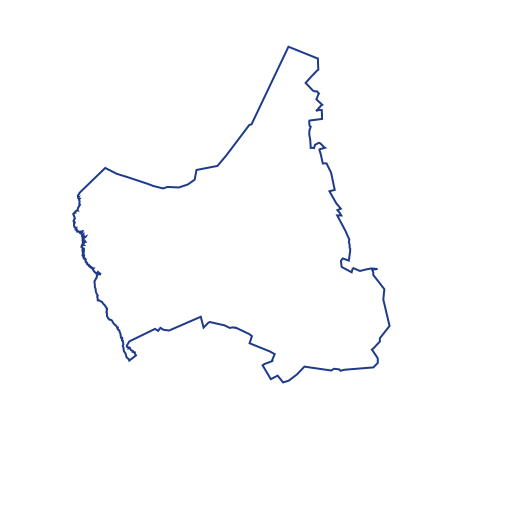 Arriaga, Chiapas, Mexico (Natural Earth projection), rotated 55°
{"feature_id": "50627088B65202645179540", "entity_name": "Arriaga", "entity_type": "district", "adm_level": 2, "iso_a3": "MEX", "parent_name": "Mexico", "parent_adm1": "Chiapas", "projection": "natural_earth1", "projection_center": [-94.031, 16.255], "detail": "fine", "context": "isolated", "style": "outline", "palette": "blue", "viewbox_px": 512, "rotation_deg": 55, "n_neighbors": 0, "source": "geoboundaries", "source_scale": "gbopen_adm2", "svg_char_len": 6124}
<svg xmlns="http://www.w3.org/2000/svg" viewBox="0 0 512 512"><g transform="rotate(55 256 256)"><path d="M374.4,279.8L393.0,260.0L393.1,256.8L396.6,252.9L398.5,252.6L399.9,248.8L414.6,223.7L413.4,217.5L409.5,214.9L399.1,214.7L399.0,212.7L397.1,203.6L394.4,201.7L389.9,186.7L364.7,176.7L356.8,169.9L338.7,170.8L336.9,169.4L333.8,168.7L336.4,163.9L332.3,168.7L329.9,174.1L327.9,179.4L321.8,183.2L322.0,184.3L324.2,187.0L314.1,192.1L308.8,189.3L307.7,186.4L313.0,182.6L306.0,176.1L304.0,174.6L303.2,174.6L300.1,172.7L297.9,172.0L296.1,170.2L286.6,168.3L269.3,166.2L271.7,162.9L268.6,162.7L265.1,163.0L265.9,159.4L258.9,160.0L245.1,158.7L247.0,153.6L230.8,146.7L220.6,145.1L218.5,148.2L209.3,144.4L205.6,143.3L205.1,142.7L206.9,137.4L205.1,138.0L202.0,138.4L200.3,138.9L199.3,139.6L198.8,143.9L200.9,146.5L200.5,147.1L199.3,148.1L198.9,149.2L192.2,145.1L186.9,142.6L183.6,140.1L183.1,139.2L181.4,137.0L180.5,137.4L179.4,137.1L176.9,135.7L175.7,134.6L181.6,123.3L178.9,121.5L177.8,120.6L175.9,119.6L174.2,118.4L172.9,119.8L171.5,123.6L171.3,120.7L170.6,119.4L170.6,118.2L170.2,117.2L170.2,115.0L162.3,116.7L159.2,111.9L159.1,111.3L156.2,111.5L155.1,113.2L153.1,114.5L142.7,116.1L141.0,109.1L139.1,99.4L139.1,98.1L129.6,92.0L129.2,92.5L103.2,109.4L145.6,184.2L144.8,186.3L156.6,222.7L160.1,235.9L151.4,255.4L158.3,262.5L158.3,270.9L155.6,279.9L148.6,289.0L147.4,293.3L139.7,300.0L135.8,302.6L117.7,316.0L109.0,322.8L97.4,329.0L103.0,364.1L104.6,367.5L106.1,368.2L106.2,367.7L106.4,368.1L107.3,368.1L107.9,368.5L108.1,368.0L108.3,368.5L110.5,369.4L111.5,370.5L112.3,371.0L112.6,370.9L112.8,371.3L113.1,371.1L113.2,371.5L113.6,371.8L114.5,374.3L115.1,374.6L115.8,375.8L116.4,375.9L116.0,376.2L115.9,377.6L116.1,378.7L116.5,379.0L116.5,379.6L116.8,379.5L116.5,380.8L116.7,381.4L117.0,381.3L117.1,381.7L117.5,381.9L118.2,381.9L118.9,382.2L119.8,382.2L121.2,383.1L121.5,383.0L122.3,384.9L122.8,385.5L123.1,385.5L123.2,385.1L124.6,385.2L125.0,385.8L124.9,386.4L125.5,386.7L125.9,387.1L127.3,387.8L127.3,387.7L128.4,387.9L129.6,387.6L129.8,387.8L129.8,387.6L130.1,387.5L130.1,387.1L130.8,387.6L131.1,387.5L131.4,387.2L131.4,386.9L131.5,387.7L131.4,387.8L131.9,388.5L132.5,388.4L132.5,388.1L133.0,388.3L133.0,387.7L133.3,387.6L133.5,388.0L133.7,387.8L134.0,387.9L135.1,386.6L135.4,386.7L135.3,386.4L135.9,386.5L135.9,386.1L136.3,385.8L136.2,385.4L135.9,385.1L135.9,384.7L136.1,385.1L136.5,385.2L136.2,384.6L136.3,384.3L136.1,384.0L136.2,383.8L136.6,384.4L136.4,384.8L136.7,385.0L136.4,385.6L136.5,386.5L137.2,386.5L137.5,386.2L138.6,386.3L139.0,386.0L139.1,385.5L139.5,385.3L139.4,385.0L139.7,385.2L139.6,385.7L139.5,385.9L139.2,385.9L139.2,386.4L139.9,387.2L140.9,387.2L141.3,387.5L141.5,387.3L141.5,387.0L140.9,386.6L141.2,386.5L141.3,385.6L142.3,385.8L142.5,384.5L142.7,385.0L142.5,385.5L142.6,386.0L141.8,386.5L142.0,387.1L141.8,387.7L142.6,388.2L142.9,388.1L142.8,388.3L143.1,388.6L144.0,389.0L144.4,388.6L144.5,388.8L144.8,388.7L144.9,388.4L145.9,388.3L146.0,387.5L146.5,387.5L145.8,388.5L145.2,388.4L145.2,388.9L144.7,389.5L145.4,389.7L146.2,390.4L146.3,389.6L146.6,389.0L146.8,389.5L146.7,390.0L146.5,389.8L146.3,390.0L146.5,390.9L146.8,390.9L147.0,390.5L147.0,391.4L147.3,391.4L147.6,391.7L147.8,391.6L147.7,391.2L148.2,391.0L147.8,391.8L147.3,391.7L147.2,391.9L147.7,393.1L148.1,393.2L148.5,393.7L148.8,393.4L149.5,393.4L150.8,394.0L150.8,393.6L151.2,393.5L151.0,393.1L151.3,392.8L151.7,393.2L151.3,393.1L151.3,393.4L151.8,393.6L151.5,393.8L151.0,393.7L150.9,394.1L152.0,395.1L152.5,395.1L153.2,395.6L153.9,395.6L153.9,395.3L153.7,395.4L154.0,395.2L153.9,394.8L154.5,395.3L154.2,395.8L154.4,396.2L155.1,396.5L155.7,397.6L156.2,397.8L156.9,397.6L157.3,397.2L157.1,396.6L156.5,396.3L157.3,396.0L157.0,396.3L157.4,397.0L157.7,397.2L157.7,397.4L157.4,397.6L157.4,397.8L159.0,398.5L159.5,398.4L159.6,397.7L160.2,397.3L161.2,397.5L161.2,398.0L161.8,398.4L162.1,398.2L162.1,397.8L162.2,398.4L163.1,398.5L163.4,398.6L163.5,397.7L163.6,398.8L164.0,398.7L164.0,398.4L164.8,398.4L165.6,398.9L165.8,398.7L166.1,398.9L166.6,398.7L167.1,398.2L167.5,398.6L168.3,398.6L168.7,398.5L168.6,397.9L169.0,397.8L169.3,397.7L169.0,398.1L169.4,398.2L170.0,398.1L170.1,397.8L171.6,397.7L172.2,396.8L172.6,397.0L173.1,396.9L173.2,396.6L173.5,397.3L174.6,397.5L175.1,397.4L175.8,397.5L176.1,397.3L177.0,397.3L177.5,397.0L178.3,397.1L178.8,396.7L178.8,396.0L179.0,395.8L178.7,395.4L178.9,395.1L178.5,394.5L179.0,394.4L179.2,395.3L179.2,395.9L179.4,396.4L179.6,396.5L179.6,396.3L180.4,395.7L180.8,394.8L180.9,393.8L181.1,393.7L181.3,393.9L181.0,394.0L181.0,394.9L180.6,396.0L180.3,396.3L180.3,396.8L180.8,397.7L181.7,398.1L182.1,399.1L182.7,399.5L182.7,400.0L183.5,401.5L183.7,402.2L184.6,403.3L185.0,403.3L189.1,405.8L191.1,406.3L193.0,407.5L195.8,408.3L197.8,408.4L197.9,408.9L198.5,409.6L200.0,410.0L201.6,411.1L202.2,410.5L202.5,409.8L204.8,408.9L205.4,408.4L207.1,408.6L209.7,408.1L211.4,408.3L213.4,408.1L213.8,408.3L214.0,409.0L214.6,409.0L216.0,410.1L216.0,410.6L216.2,410.8L217.1,410.8L219.8,412.6L220.6,412.5L222.3,412.9L223.4,412.5L223.8,412.7L224.1,412.6L225.0,411.5L226.3,411.0L228.0,411.3L230.2,411.3L231.7,411.0L231.9,410.8L232.7,410.6L234.7,410.7L235.0,410.2L235.5,410.2L235.8,410.5L235.7,411.0L236.2,411.2L237.4,411.2L238.4,410.7L239.0,410.8L239.9,411.3L241.1,411.4L242.7,412.0L245.0,413.3L245.7,413.4L246.1,412.6L246.8,412.7L247.2,413.6L248.1,414.1L248.6,414.1L248.6,413.8L249.0,413.6L249.8,414.4L250.6,414.5L252.2,415.2L253.1,416.7L255.1,417.1L255.9,417.7L258.2,418.8L261.2,418.8L264.3,420.0L265.5,420.0L267.4,419.4L269.0,419.8L268.6,411.3L266.1,411.2L265.5,410.5L263.8,412.0L263.2,411.4L261.3,412.4L258.8,412.1L258.6,413.3L258.2,412.9L257.8,413.0L257.7,412.8L256.8,413.7L256.0,413.7L255.3,413.2L253.3,408.8L257.8,380.5L261.2,379.1L260.0,375.5L263.4,374.1L267.2,369.9L274.1,336.1L284.6,340.0L283.4,333.6L283.5,331.8L294.7,321.6L299.9,318.7L301.1,316.0L303.0,314.2L302.8,314.0L303.2,313.6L315.9,306.4L319.3,305.3L323.8,311.3L342.1,299.4L347.1,297.0L350.9,303.0L351.2,302.7L351.4,303.0L349.4,310.8L349.3,313.3L365.4,314.5L366.4,306.9L375.1,306.3L376.9,300.7L376.5,290.5L374.4,279.8Z" fill="none" stroke="#1e3a8a" stroke-width="2"/></g></svg>